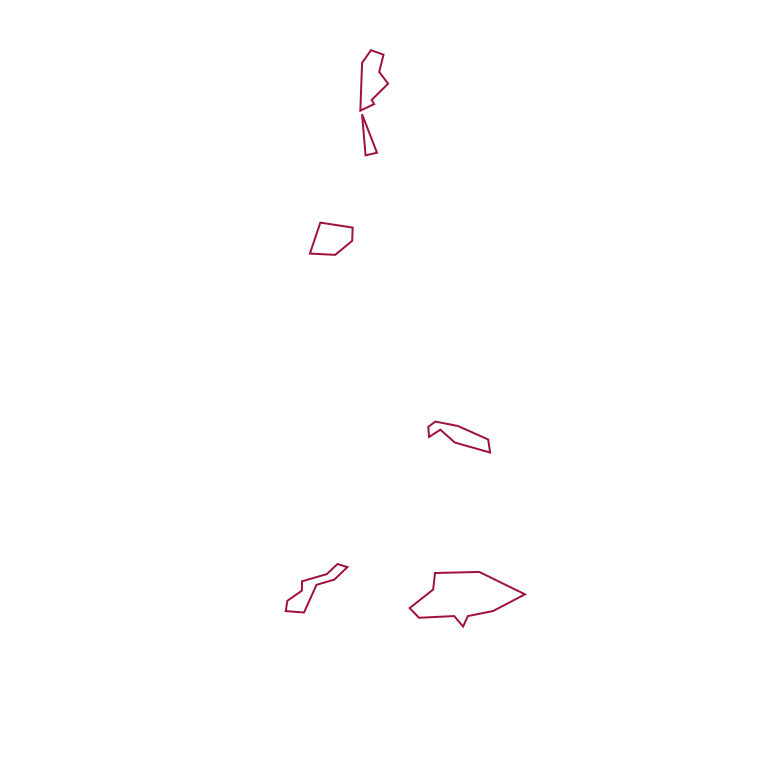 Notio Aigaio, orthographic projection, rotated 46°
{"feature_id": "GRC-3013", "entity_name": "Notio Aigaio", "entity_type": "Region", "adm_level": 1, "iso_a3": "GRC", "parent_name": "Greece", "parent_adm1": "", "projection": "orthographic", "projection_center": [25.984, 36.675], "detail": "coarse", "context": "isolated", "style": "outline", "palette": "rose", "viewbox_px": 768, "rotation_deg": 46, "n_neighbors": 0, "source": "natural_earth", "source_scale": "10m", "svg_char_len": 770}
<svg xmlns="http://www.w3.org/2000/svg" viewBox="0 0 768 768"><g transform="rotate(46 384 384)"><path d="M633.2,428.7L623.1,463.2L609.2,484.9L613.4,495.6L599.7,494.7L576.5,521.2L563.0,521.2L566.0,491.4L555.4,478.6L585.4,446.0L633.2,428.7ZM249.7,297.9L258.9,307.4L257.2,329.4L238.7,346.7L223.7,317.7L249.7,297.9ZM175.8,196.7L170.9,211.1L137.8,176.7L134.8,161.5L146.8,155.6L156.2,170.7L170.8,172.4L171.1,195.6L175.8,196.7ZM481.6,572.0L492.8,600.3L479.1,612.4L472.8,604.1L475.6,586.6L469.0,580.0L481.0,557.2L481.2,542.5L490.3,537.5L490.2,555.6L481.6,572.0ZM496.3,347.6L507.0,355.3L475.4,373.7L456.0,375.2L453.4,388.4L445.6,381.9L446.7,373.2L465.6,360.0L496.3,347.6ZM206.7,238.4L174.7,212.4L212.8,228.4L206.7,238.4Z" fill="none" stroke="#9f1239" stroke-width="2"/></g></svg>